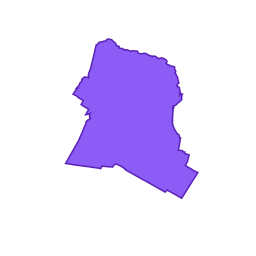 outline of Merei, Buzau, Romania, rotated 58°
{"feature_id": "2599482B56691753732557", "entity_name": "Merei", "entity_type": "district", "adm_level": 2, "iso_a3": "ROU", "parent_name": "Romania", "parent_adm1": "Buzau", "projection": "orthographic", "projection_center": [26.654, 45.125], "detail": "fine", "context": "isolated", "style": "filled", "palette": "violet", "viewbox_px": 256, "rotation_deg": 58, "n_neighbors": 0, "source": "geoboundaries", "source_scale": "gbopen_adm2", "svg_char_len": 5222}
<svg xmlns="http://www.w3.org/2000/svg" viewBox="0 0 256 256"><g transform="rotate(58 128 128)"><path d="M202.1,130.4L202.0,130.2L201.9,130.0L201.7,129.4L201.6,128.9L201.7,128.4L201.8,128.0L201.7,127.9L201.5,127.6L216.0,119.7L209.8,106.8L206.8,100.7L204.8,96.4L202.8,92.3L200.3,94.1L199.9,94.3L194.1,97.2L190.2,99.2L188.0,95.4L185.5,92.9L183.2,90.4L179.5,93.5L178.5,92.6L177.1,94.2L176.1,93.7L173.5,97.1L172.3,96.0L170.7,94.4L168.4,92.4L166.2,90.4L164.1,88.7L163.8,89.5L160.5,88.3L159.8,88.9L159.5,89.1L158.9,89.2L158.4,89.3L153.5,89.2L153.1,89.2L151.9,88.9L150.4,88.7L149.5,88.5L148.0,87.9L147.6,87.6L146.7,87.5L146.5,87.4L146.4,87.1L145.9,87.0L145.5,86.6L145.5,86.3L145.2,86.1L144.4,85.7L144.0,85.7L143.9,85.6L144.0,85.5L142.1,84.2L140.1,82.8L139.2,82.1L137.6,80.9L137.3,80.7L136.4,79.9L135.7,79.4L135.6,79.5L135.3,79.6L135.0,79.6L135.1,78.6L135.1,78.4L134.9,78.2L134.1,79.0L133.9,78.9L133.9,78.7L133.9,78.1L133.6,78.0L133.4,77.8L133.6,77.2L133.9,76.0L133.8,74.3L133.7,74.0L133.5,73.5L133.2,72.6L133.2,72.1L133.2,71.0L133.0,70.0L132.7,68.9L132.5,68.3L132.7,68.1L132.5,67.6L132.0,67.1L131.1,66.6L130.5,66.2L129.4,65.6L128.3,64.4L128.1,64.2L128.0,63.9L127.7,64.2L127.5,64.5L126.9,64.9L127.6,66.9L127.3,66.7L126.9,66.4L126.3,65.4L125.7,64.8L125.1,64.7L124.8,64.5L124.6,64.4L124.3,64.4L124.1,64.5L123.1,63.9L122.1,63.5L121.0,63.0L119.8,63.4L119.5,63.9L118.8,64.2L118.6,64.2L118.4,64.1L118.2,63.7L117.9,63.7L117.4,63.5L117.2,62.8L116.9,62.2L116.7,62.0L116.9,61.6L117.0,61.3L116.0,60.7L115.7,60.6L115.4,60.6L114.9,60.5L113.7,60.1L111.8,59.3L111.0,59.0L110.4,59.0L110.1,59.1L109.6,59.0L109.2,59.1L108.7,59.0L108.4,58.8L107.8,58.8L107.4,59.0L107.2,59.1L106.9,59.0L106.7,59.0L106.2,59.0L106.3,58.6L106.0,58.2L105.6,57.9L105.4,57.7L105.2,57.5L105.0,57.4L104.6,57.2L104.4,57.2L104.2,57.4L104.1,57.6L103.8,57.5L103.5,57.5L103.3,57.4L102.3,57.0L101.4,56.3L101.0,56.3L100.6,56.3L100.3,56.4L99.2,57.7L98.8,58.0L98.6,58.2L98.4,58.8L98.1,59.1L97.4,59.2L97.0,59.4L96.3,59.8L95.7,60.5L94.8,61.2L94.5,61.0L94.3,61.1L93.6,61.4L93.3,61.5L93.1,61.4L92.9,60.9L92.8,60.4L92.5,59.9L92.1,59.6L91.5,59.5L90.9,59.5L90.5,59.6L89.5,60.2L88.9,60.4L88.3,60.5L87.9,60.9L87.8,61.1L87.6,61.5L87.3,61.8L86.5,62.1L86.3,62.2L86.2,62.4L86.1,62.9L85.8,63.5L85.7,63.8L85.7,64.6L85.0,65.6L84.8,65.7L84.1,65.8L83.7,65.9L83.4,66.0L81.9,66.9L81.3,67.1L81.0,67.5L80.9,68.1L80.4,68.5L80.2,68.8L80.4,69.3L80.4,69.5L79.6,69.9L79.4,70.0L79.0,70.5L78.5,70.8L78.2,70.9L78.0,71.0L77.9,71.5L77.5,71.8L77.4,72.1L77.2,72.3L76.9,72.2L76.7,72.2L75.5,72.6L74.8,73.1L74.5,73.2L74.3,73.3L74.1,73.9L73.4,74.4L73.2,74.6L72.8,75.5L72.7,76.0L72.6,76.5L72.4,77.0L71.6,77.9L71.4,78.4L70.7,79.0L70.4,79.3L69.3,79.4L69.0,79.4L68.6,79.3L68.0,79.4L67.8,79.4L67.6,79.6L67.3,79.8L67.2,80.1L67.1,80.5L66.5,81.1L65.9,81.9L65.2,82.8L64.9,83.1L64.7,83.3L64.6,83.7L64.6,84.1L64.7,84.7L64.7,85.2L64.4,85.3L63.8,85.4L61.4,87.1L61.3,87.4L61.1,87.7L60.5,88.2L60.4,88.4L60.3,88.9L60.4,89.3L60.3,89.5L60.1,89.7L59.8,89.7L59.2,89.8L58.7,90.0L58.2,90.4L57.7,90.7L57.1,91.1L56.6,92.1L56.3,92.5L55.7,93.0L55.0,93.2L54.9,93.2L54.7,92.7L54.2,92.3L53.8,92.4L53.7,92.7L53.0,93.4L52.7,93.9L52.5,94.0L52.1,93.9L50.9,93.7L50.4,93.7L49.5,93.8L49.0,93.7L48.4,93.9L47.9,94.0L47.7,94.1L47.1,94.6L46.8,94.7L46.1,94.7L45.8,94.8L45.5,94.8L45.0,94.9L44.1,95.3L43.9,95.7L43.5,96.0L43.2,96.7L42.3,97.1L42.1,97.4L41.7,98.6L42.4,100.8L41.6,102.3L41.4,103.4L41.4,103.6L41.1,104.3L41.0,104.6L41.0,104.9L40.3,106.4L40.0,107.2L40.0,107.5L40.3,107.9L40.5,108.2L40.7,109.5L40.9,110.5L40.8,111.1L49.1,119.4L56.0,126.5L58.2,128.7L58.8,129.8L60.6,132.0L61.6,133.3L62.5,133.8L63.1,133.9L63.8,134.2L64.4,134.9L63.8,134.9L63.6,135.1L63.5,135.3L63.3,135.7L61.6,138.0L61.5,138.3L61.8,138.7L61.7,139.1L62.1,139.8L62.6,140.8L62.1,141.0L62.7,141.7L63.4,142.2L63.7,142.9L64.0,143.3L64.1,144.5L64.5,145.0L64.8,145.5L65.2,146.0L65.7,146.7L65.8,146.9L65.9,147.0L66.1,147.4L66.1,147.8L66.2,148.3L66.2,148.6L66.5,149.2L66.9,150.4L67.3,149.2L67.6,149.5L67.4,150.2L68.9,153.7L68.9,153.9L69.2,154.1L69.6,155.3L70.2,156.7L71.3,156.0L73.6,154.6L73.9,154.4L74.8,154.3L76.4,153.8L81.2,151.4L82.2,153.5L83.0,154.9L83.3,155.4L85.8,154.3L86.7,153.8L87.2,153.6L87.8,153.3L88.0,153.2L89.1,152.5L91.2,151.6L91.4,151.6L92.6,153.8L94.3,156.9L95.4,153.8L95.8,152.6L95.8,152.4L96.9,153.9L97.2,154.2L98.1,154.6L98.6,154.9L99.1,155.0L99.4,155.0L99.5,154.9L99.9,154.7L99.9,155.2L100.1,156.5L100.1,156.8L100.0,157.1L100.0,157.3L100.1,157.8L100.0,158.1L100.0,158.4L100.1,158.7L100.4,160.1L100.5,160.3L101.2,160.5L101.5,160.6L101.7,160.9L102.1,161.6L104.9,165.8L105.3,166.2L106.7,168.2L107.7,169.6L109.3,171.9L109.8,172.7L110.0,173.0L111.2,174.8L111.6,175.2L112.3,176.2L113.8,179.0L114.0,179.4L114.8,180.8L116.9,184.8L117.4,185.6L119.9,190.4L121.6,193.5L121.9,193.9L123.6,197.1L125.0,199.7L131.1,192.7L141.4,180.2L141.6,180.1L146.8,173.8L147.6,173.0L147.9,172.9L148.0,172.8L147.9,172.6L147.5,172.0L146.6,170.1L147.2,169.5L147.8,168.8L148.3,168.0L149.8,166.1L150.6,165.0L150.7,164.7L151.4,163.8L151.8,163.3L152.2,162.7L152.4,162.3L152.6,162.0L152.9,161.9L151.6,157.6L152.5,157.1L153.4,156.4L154.0,155.9L155.6,154.9L157.2,154.0L161.1,152.1L161.4,152.5L161.5,152.5L161.8,152.5L180.5,142.3L180.5,142.2L202.1,130.4Z" fill="#8b5cf6" stroke="#5b21b6" stroke-width="1.5"/></g></svg>